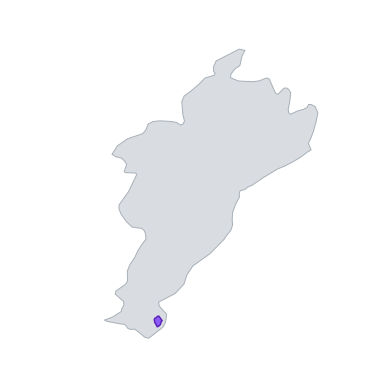 Slovenia, with Grad highlighted, rotated 140°
{"feature_id": "SVN-202", "entity_name": "Grad", "entity_type": "Municipality", "adm_level": 1, "iso_a3": "SVN", "parent_name": "Slovenia", "parent_adm1": "", "projection": "robinson", "projection_center": [16.093, 46.798], "detail": "fine", "context": "in_parent", "style": "filled", "palette": "violet", "viewbox_px": 384, "rotation_deg": 140, "n_neighbors": 0, "source": "natural_earth", "source_scale": "10m", "svg_char_len": 1980}
<svg xmlns="http://www.w3.org/2000/svg" viewBox="0 0 384 384"><g transform="rotate(140 192 192)"><path d="M341.3,150.1L332.9,147.2L322.8,146.0L320.9,147.6L316.8,149.2L314.8,152.0L316.4,163.2L313.9,165.1L302.4,164.0L298.6,165.3L292.3,173.1L285.9,176.4L277.7,178.7L271.7,181.6L264.1,184.0L257.6,185.5L255.0,188.9L253.4,192.7L253.8,196.3L260.4,203.5L261.3,211.2L260.6,220.6L259.0,225.6L256.4,228.9L240.1,233.2L223.2,240.9L222.8,242.6L230.5,249.5L230.8,251.2L224.4,255.1L223.7,259.0L224.4,263.5L227.8,268.1L229.0,272.3L219.7,275.3L207.1,274.2L192.2,268.4L187.0,269.3L181.9,272.3L176.7,271.0L171.1,267.4L163.1,259.9L159.2,255.4L157.6,250.5L155.4,249.8L152.1,251.2L149.3,257.1L141.8,267.7L136.3,270.6L127.9,270.0L116.3,270.2L109.0,271.0L100.2,267.3L98.0,268.0L98.0,270.5L94.7,274.3L89.2,276.9L64.0,271.1L60.5,266.4L66.2,264.1L74.2,258.0L79.6,258.7L86.2,257.4L89.1,254.8L85.0,247.1L74.6,237.5L69.1,233.9L61.5,231.4L60.2,228.9L64.6,213.8L63.4,211.6L54.7,212.4L52.6,210.8L52.0,208.2L52.6,204.6L58.6,198.7L65.2,193.5L66.9,190.6L66.7,188.3L58.4,186.0L53.4,183.6L49.4,182.8L46.6,184.1L44.6,182.6L42.7,178.3L44.8,171.7L52.4,165.6L60.5,160.1L67.6,156.2L71.6,154.5L73.7,147.7L77.8,148.4L86.1,148.8L95.4,150.3L104.0,152.2L111.6,154.6L127.5,157.1L142.0,158.6L146.4,160.0L149.9,159.9L154.3,162.0L156.9,160.4L158.8,157.7L166.8,154.4L174.1,150.2L179.2,144.8L182.1,140.6L187.1,137.6L192.5,136.7L197.4,135.2L217.9,133.2L239.0,134.8L249.1,131.8L257.4,126.6L269.5,125.2L270.2,125.1L288.3,129.1L289.7,126.8L290.4,125.8L290.1,114.5L295.8,109.3L301.1,107.1L319.2,107.8L321.6,111.3L322.5,116.7L324.1,123.9L327.1,125.9L328.8,128.7L328.5,133.7L332.0,137.4L340.3,147.5L341.3,150.1Z" fill="#d9dde1" stroke="#a8b0b8" stroke-width="1"/><path d="M305.2,111.1L304.3,116.1L302.9,118.5L302.3,118.9L301.5,119.1L300.9,118.9L300.1,118.8L298.3,118.9L297.2,118.2L297.2,117.5L297.6,112.7L299.2,112.4L299.7,112.0L301.0,111.0L301.7,110.8L304.2,110.7L305.2,111.1Z" fill="#8b5cf6" stroke="#5b21b6" stroke-width="1.5"/></g></svg>